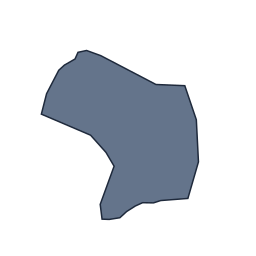 map outline of Benedikt (Albers equal-area conic projection), rotated 152°
{"feature_id": "SVN-199", "entity_name": "Benedikt", "entity_type": "Municipality", "adm_level": 1, "iso_a3": "SVN", "parent_name": "Slovenia", "parent_adm1": "", "projection": "albers", "projection_center": [15.906, 46.615], "detail": "fine", "context": "isolated", "style": "filled", "palette": "slate", "viewbox_px": 256, "rotation_deg": 152, "n_neighbors": 0, "source": "natural_earth", "source_scale": "10m", "svg_char_len": 468}
<svg xmlns="http://www.w3.org/2000/svg" viewBox="0 0 256 256"><g transform="rotate(152 128 128)"><path d="M136.6,218.3L128.2,215.9L118.1,204.7L82.9,153.3L58.0,138.7L63.8,103.2L81.7,65.0L108.2,37.7L133.2,48.6L140.6,49.9L150.2,55.2L158.2,55.7L168.4,54.9L177.3,52.6L187.5,56.1L193.7,59.7L188.4,73.6L158.2,100.8L158.9,116.8L164.4,139.2L198.0,180.9L183.8,196.5L162.0,211.5L154.6,213.4L142.4,213.8L136.6,218.3Z" fill="#64748b" stroke="#1e293b" stroke-width="1.5"/></g></svg>